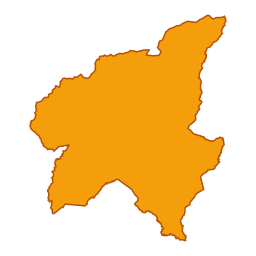 Marrupa, Niassa, Mozambique (orthographic projection)
{"feature_id": "85939544B26738067837562", "entity_name": "Marrupa", "entity_type": "district", "adm_level": 2, "iso_a3": "MOZ", "parent_name": "Mozambique", "parent_adm1": "Niassa", "projection": "orthographic", "projection_center": [37.58, -13.04], "detail": "fine", "context": "isolated", "style": "filled", "palette": "amber", "viewbox_px": 256, "rotation_deg": 0, "n_neighbors": 0, "source": "geoboundaries", "source_scale": "gbopen_adm2", "svg_char_len": 5800}
<svg xmlns="http://www.w3.org/2000/svg" viewBox="0 0 256 256"><path d="M222.9,138.2L219.9,137.2L219.2,138.1L216.9,138.3L214.8,140.2L213.0,141.1L211.6,141.1L211.2,140.8L210.1,141.0L207.0,139.5L205.5,139.3L205.0,138.4L204.2,138.2L204.2,137.5L203.7,136.8L201.4,136.5L200.3,135.6L198.4,135.5L195.9,134.3L195.0,134.5L193.8,134.0L190.1,129.9L188.2,128.9L188.0,128.2L188.8,126.1L190.7,124.0L191.5,123.9L192.3,122.9L193.6,122.1L195.7,119.7L195.7,117.7L195.2,116.1L197.3,112.5L197.4,111.5L199.4,109.5L199.5,108.6L198.7,107.4L198.6,106.7L201.7,102.3L201.7,101.4L201.0,101.0L200.8,100.3L199.6,100.3L199.3,99.1L199.6,98.0L200.4,97.3L200.1,96.3L202.0,92.5L201.8,91.6L201.0,90.6L201.1,89.4L200.3,88.4L200.7,87.6L200.4,86.1L201.3,82.0L199.9,78.4L198.9,78.2L199.2,77.1L199.0,76.4L199.5,73.4L200.5,70.8L201.4,70.1L201.7,68.9L202.4,68.5L202.5,67.9L201.5,66.4L202.0,65.1L202.0,63.9L204.7,61.4L204.2,60.4L205.4,59.5L205.6,58.1L206.2,57.6L206.4,55.1L206.1,54.5L205.6,54.7L205.4,53.9L205.6,53.0L205.1,52.8L205.0,52.3L206.3,50.8L206.9,48.2L208.6,47.3L209.7,47.2L210.7,45.9L212.0,45.0L212.1,44.1L213.4,42.4L216.0,41.3L217.1,40.3L218.0,39.4L218.9,37.5L220.1,36.6L221.2,34.6L222.5,33.4L221.7,32.7L221.5,31.0L222.1,29.9L221.9,29.1L222.3,27.9L223.1,27.7L223.4,26.1L224.8,25.6L224.4,23.6L226.0,20.9L225.2,19.5L225.5,18.7L224.5,16.3L223.3,17.0L220.5,17.5L216.5,17.6L213.3,18.9L212.1,18.5L209.1,15.5L207.3,15.4L203.0,18.2L199.3,19.9L196.3,22.4L187.6,21.3L182.2,23.7L180.9,25.2L176.4,25.9L174.0,27.2L169.5,28.9L165.8,32.0L162.7,39.5L161.4,40.7L159.8,41.0L159.0,42.6L158.1,46.6L157.5,47.6L161.0,51.5L159.5,54.7L158.7,55.4L152.6,55.8L146.5,55.0L147.0,53.2L149.2,50.0L147.8,49.9L142.8,50.1L141.6,50.9L139.7,50.9L137.0,51.9L134.2,51.0L130.2,50.6L128.7,51.9L126.4,52.7L122.6,53.8L120.4,53.4L117.8,54.0L114.8,55.7L113.4,56.1L110.5,54.4L109.2,55.6L108.1,55.9L106.2,56.1L104.6,55.1L102.8,56.3L100.9,56.0L99.4,57.1L99.2,59.8L97.7,59.2L96.5,60.2L94.9,63.7L95.5,65.9L95.2,68.4L95.6,69.6L93.5,72.5L91.4,74.0L89.9,76.9L87.3,78.4L83.3,77.4L81.0,74.3L76.6,77.4L74.3,76.9L73.7,78.1L72.7,79.1L70.7,78.5L68.5,78.4L67.6,79.0L65.2,78.2L63.2,78.4L62.5,78.9L61.9,80.3L60.3,81.5L60.6,83.2L60.1,84.1L59.8,86.6L59.1,87.2L56.0,85.8L55.5,86.1L55.3,88.1L52.8,89.7L52.0,93.1L48.9,94.2L48.1,97.4L44.5,97.5L43.7,98.6L42.8,99.0L42.6,100.0L41.3,101.3L37.1,102.6L36.4,102.5L36.3,104.6L35.7,105.7L36.1,109.5L36.7,110.6L34.8,112.8L36.0,115.1L35.3,116.4L35.3,118.1L33.6,120.0L31.2,120.9L31.2,122.3L30.5,122.8L30.8,123.5L30.7,124.7L30.0,125.5L30.8,128.6L33.7,131.4L35.2,132.3L37.3,134.7L38.2,135.1L39.7,137.0L39.8,137.9L40.9,138.7L41.7,142.5L43.1,143.6L43.0,145.1L43.8,145.7L43.9,146.5L46.6,148.0L47.8,149.7L49.8,148.9L50.4,149.3L52.5,149.3L53.2,149.7L53.9,151.2L59.3,146.3L62.4,146.3L64.2,145.6L66.5,145.6L68.5,144.7L68.9,145.2L68.6,145.9L68.1,145.6L67.6,145.9L67.4,148.8L65.5,150.3L65.3,151.0L64.2,151.4L63.6,151.0L63.1,151.1L63.4,151.6L63.1,153.5L62.4,154.1L62.4,155.3L61.9,155.0L61.6,156.3L60.2,157.1L60.4,158.8L59.2,159.4L58.6,158.9L57.5,159.4L57.1,158.7L55.9,159.5L55.9,160.5L55.3,161.0L55.5,161.7L54.9,162.4L55.1,164.8L56.0,166.2L56.0,166.7L54.5,167.3L54.2,167.9L54.5,168.8L55.0,169.2L54.2,170.7L52.2,171.4L52.4,172.3L53.3,173.1L53.5,174.0L53.3,176.3L51.7,177.7L52.7,178.9L52.4,179.9L53.0,181.8L52.4,183.1L51.3,183.9L49.8,186.7L49.0,187.3L49.3,188.6L48.8,189.3L48.0,189.6L47.6,190.6L47.8,191.7L48.6,192.2L48.9,195.1L48.1,197.8L48.8,199.4L48.2,200.1L48.8,200.5L49.7,202.0L50.2,201.9L51.2,200.6L51.7,200.7L52.0,201.6L51.2,206.6L50.6,207.8L52.3,209.8L52.3,212.4L52.8,213.6L53.4,213.7L54.6,213.1L61.7,207.4L63.0,207.5L64.5,204.7L65.3,204.1L85.0,205.9L87.1,204.1L87.2,203.1L86.9,202.6L87.1,201.8L89.6,198.7L90.2,198.8L91.1,197.6L92.8,197.2L93.0,197.2L92.9,197.8L93.9,197.9L95.9,194.8L97.6,193.8L97.7,193.1L98.4,192.7L98.6,192.0L101.0,189.4L101.4,187.4L102.1,187.3L102.9,186.0L103.6,185.9L105.3,183.7L105.7,184.0L106.5,183.1L107.0,183.8L107.6,182.6L108.9,182.9L110.7,182.5L112.0,181.3L112.8,181.8L113.1,181.0L114.7,181.0L116.1,179.5L117.8,179.3L131.7,189.3L135.0,194.8L137.5,197.1L138.0,198.6L137.7,200.9L135.7,202.5L134.7,204.3L135.2,205.0L137.7,206.7L139.5,209.7L141.8,210.9L142.0,211.9L143.7,212.5L145.6,212.6L146.2,211.3L148.7,210.9L149.0,211.7L151.4,212.4L152.8,213.8L154.9,214.9L156.7,216.6L157.3,218.4L157.0,219.0L157.4,219.7L156.9,220.4L157.3,220.9L158.1,220.9L157.9,221.3L158.8,221.5L158.6,222.0L159.8,222.9L160.7,222.9L160.7,223.6L161.9,225.8L161.5,226.2L161.5,226.9L162.7,227.5L163.4,228.4L163.0,229.3L161.9,229.6L162.1,231.2L161.3,231.5L160.9,232.1L162.0,235.2L163.0,235.5L163.4,234.4L164.5,234.4L165.0,234.6L164.5,235.1L164.6,235.5L167.3,235.6L168.5,234.8L169.7,235.0L169.8,233.9L170.3,233.8L171.2,234.0L172.3,235.3L174.5,235.2L175.0,236.4L176.0,236.7L175.5,237.6L176.1,238.6L177.3,238.5L178.4,237.8L179.6,239.9L180.5,239.6L181.8,239.9L182.9,239.6L184.3,240.6L185.6,240.4L185.2,239.6L185.4,238.1L186.0,237.7L185.6,237.0L185.9,235.7L184.4,235.4L184.3,234.3L182.8,232.8L182.9,232.0L182.4,231.1L182.2,229.7L182.6,229.1L182.7,228.0L182.3,227.2L182.4,226.4L183.2,226.1L182.7,225.4L181.5,225.0L181.4,223.2L180.6,222.3L180.5,220.9L180.7,219.6L181.7,218.9L182.6,216.3L184.1,215.0L185.0,211.7L184.9,208.0L185.9,207.0L189.8,204.6L190.2,202.2L194.0,197.6L196.3,193.7L203.7,189.3L200.5,177.3L201.3,175.8L203.5,173.7L206.3,172.1L206.8,171.3L207.5,171.2L208.0,169.6L209.6,169.8L213.2,169.3L214.4,168.7L214.8,168.3L214.8,167.1L219.4,162.1L219.0,162.0L219.0,161.3L218.4,161.5L218.2,161.1L218.6,160.5L218.5,159.6L218.9,159.3L217.9,159.0L218.4,158.5L218.6,157.1L219.0,157.0L218.9,155.8L219.8,155.8L220.1,154.8L219.9,154.1L220.8,153.4L220.7,153.0L221.4,152.2L221.2,150.2L221.8,149.6L221.8,148.4L222.6,147.4L222.2,146.6L223.6,145.6L224.2,144.2L223.6,143.1L223.8,141.9L223.0,140.2L223.4,139.4L222.7,138.7L222.9,138.2Z" fill="#f59e0b" stroke="#b45309" stroke-width="1.5"/></svg>